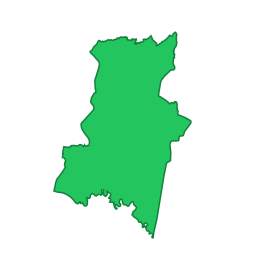 the district of Lam Thamenchai, Nakhon Ratchasima, Thailand, rotated 191°
{"feature_id": "78962969B38997993614203", "entity_name": "Lam Thamenchai", "entity_type": "district", "adm_level": 2, "iso_a3": "THA", "parent_name": "Thailand", "parent_adm1": "Nakhon Ratchasima", "projection": "robinson", "projection_center": [102.907, 15.286], "detail": "fine", "context": "isolated", "style": "filled", "palette": "green", "viewbox_px": 256, "rotation_deg": 191, "n_neighbors": 0, "source": "geoboundaries", "source_scale": "gbopen_adm2", "svg_char_len": 5801}
<svg xmlns="http://www.w3.org/2000/svg" viewBox="0 0 256 256"><g transform="rotate(191 128 128)"><path d="M99.9,231.0L101.4,229.4L102.4,226.2L103.5,226.4L104.5,227.0L104.8,227.0L106.3,224.1L107.0,223.1L107.3,222.3L108.5,221.4L108.6,220.6L109.2,220.4L109.5,220.0L110.7,219.4L110.7,219.0L111.3,218.7L111.4,217.9L111.6,217.5L112.2,217.4L113.3,216.5L113.5,215.9L114.2,214.8L114.9,215.0L115.2,214.5L116.0,214.5L116.0,216.5L116.4,216.9L117.5,217.3L121.2,219.8L121.3,220.3L121.9,221.4L123.0,222.8L123.1,222.4L124.0,221.5L124.3,220.8L124.7,220.6L125.0,219.9L125.7,219.2L126.9,218.6L127.4,218.6L127.9,218.4L127.9,218.1L129.2,218.3L129.9,217.9L129.9,217.7L129.6,217.3L129.5,216.5L130.0,215.2L132.3,214.7L132.5,214.4L132.5,213.7L133.5,213.8L134.1,213.4L135.0,213.4L135.0,212.9L135.4,212.3L136.8,211.7L137.2,211.9L137.3,212.1L136.6,212.2L136.4,212.6L137.0,212.6L136.6,213.1L137.1,213.2L137.1,214.0L137.3,214.6L137.0,214.8L136.9,215.9L136.5,216.1L136.9,216.8L137.1,216.6L137.9,216.6L138.3,216.2L139.0,216.3L139.3,216.0L139.8,216.0L140.8,216.3L141.0,216.0L140.7,215.6L140.9,215.3L140.8,214.9L141.2,214.5L142.1,214.9L142.6,214.5L143.7,214.4L144.1,214.7L145.3,214.3L145.8,214.7L145.9,216.1L146.2,216.6L146.4,216.8L146.8,216.6L147.5,217.0L148.0,217.0L148.2,216.5L149.4,216.4L149.6,216.3L149.6,216.0L149.9,215.9L152.1,216.1L152.7,215.5L153.0,215.4L153.6,214.5L153.8,214.8L154.1,214.5L154.5,214.5L155.1,214.2L155.6,214.2L155.5,213.8L156.1,212.7L157.3,212.7L157.8,212.3L158.6,212.1L159.0,211.2L160.8,211.1L161.5,211.4L163.1,210.6L163.9,211.0L164.7,210.3L165.2,210.2L165.7,209.9L166.7,208.8L167.6,208.6L167.9,208.3L168.3,208.3L169.2,207.9L169.6,208.2L170.0,207.7L171.0,207.6L172.5,208.4L173.3,208.3L173.7,207.8L174.5,204.9L175.0,203.8L176.6,201.8L177.4,200.4L177.9,198.1L179.8,195.7L179.1,194.7L176.1,192.9L170.1,188.2L168.9,186.9L168.5,186.0L168.2,184.9L168.1,183.6L168.3,180.2L169.6,168.8L169.4,167.0L168.6,164.6L168.0,161.4L166.7,158.4L166.4,156.8L166.5,156.5L167.5,156.0L167.9,155.4L169.4,151.5L169.6,150.7L169.6,146.9L169.5,146.3L169.2,145.8L166.1,143.0L165.6,142.2L165.2,141.3L165.2,139.5L174.8,123.5L174.7,122.4L174.1,120.4L173.4,119.1L172.5,117.6L169.1,114.1L165.1,110.6L163.6,108.4L163.1,106.6L163.0,104.5L163.2,103.1L164.6,103.0L164.6,102.5L164.7,102.4L166.9,102.3L167.5,103.1L167.7,102.3L168.1,101.3L169.9,102.3L170.9,102.6L172.5,102.4L172.7,101.5L174.9,100.5L177.3,100.6L179.7,100.1L180.0,100.0L180.2,99.3L181.1,99.2L181.4,97.9L185.1,97.4L186.3,97.6L187.6,97.1L187.4,95.9L187.4,92.4L187.2,90.1L186.7,90.1L186.7,89.9L186.8,86.6L185.1,86.4L184.9,86.2L184.0,85.9L183.8,85.2L183.0,84.2L183.3,81.9L183.3,79.6L182.0,77.8L183.6,73.3L186.7,66.7L187.6,65.2L188.2,63.2L188.6,59.7L188.5,56.5L188.7,52.1L186.9,51.8L184.3,51.6L181.2,51.9L178.8,51.8L176.5,51.3L173.6,50.3L170.8,49.1L167.3,46.6L165.2,44.6L164.8,44.8L163.4,44.1L162.7,44.1L162.3,44.4L161.4,46.2L161.0,46.4L160.8,46.3L160.4,45.2L160.0,44.9L159.6,44.9L158.6,45.7L158.2,45.7L157.8,45.4L157.3,44.4L156.9,43.9L156.1,43.4L155.1,43.3L154.3,43.5L153.7,44.2L153.5,46.2L153.9,48.8L154.4,50.0L155.2,51.0L155.2,51.7L154.6,52.0L153.2,51.3L152.5,51.6L151.9,52.7L152.1,53.7L152.1,54.9L151.7,55.5L150.2,56.9L149.8,56.9L149.3,56.7L147.8,55.5L146.4,55.2L146.1,55.3L145.1,56.7L144.4,57.2L143.8,57.3L142.0,57.0L141.2,57.2L140.9,57.7L140.8,58.4L141.9,60.7L142.0,62.0L141.8,62.4L140.4,62.6L140.0,62.5L139.9,62.1L140.1,60.5L139.5,58.6L139.1,57.7L137.7,56.8L136.9,56.7L136.5,57.0L135.6,59.4L135.6,60.4L136.4,61.4L136.4,62.0L136.1,62.0L134.9,61.0L133.5,60.7L132.9,60.3L132.1,59.4L132.0,59.0L132.7,57.9L132.5,57.1L132.6,56.7L133.4,56.1L133.6,55.7L133.4,55.4L131.9,55.2L131.3,54.4L132.0,51.8L131.7,51.7L130.5,52.1L129.0,52.0L128.3,52.3L127.8,52.2L127.3,50.1L126.3,48.5L126.2,47.8L125.6,47.5L125.0,46.5L124.4,46.2L123.6,46.3L123.5,46.6L123.5,47.0L125.5,47.9L125.9,49.6L125.8,50.1L125.4,50.5L124.6,50.5L123.5,49.5L122.1,49.1L121.1,49.4L120.5,50.2L120.5,51.2L120.8,51.9L121.3,52.3L122.1,52.5L122.3,52.9L122.4,55.6L121.5,56.9L120.9,56.9L120.1,56.2L118.5,52.8L117.9,52.1L117.1,51.9L115.2,52.2L114.6,52.0L113.8,51.4L113.1,51.2L112.5,51.5L111.3,54.3L110.3,56.0L109.7,56.5L109.1,56.6L108.5,56.0L107.9,54.3L107.4,53.6L105.1,52.3L104.6,51.7L104.5,51.2L104.7,50.2L105.6,48.2L106.9,47.2L106.9,46.3L107.2,45.6L107.2,44.7L107.5,44.0L107.5,43.6L106.4,43.1L106.0,42.3L105.5,41.9L104.3,41.6L101.4,40.2L99.2,37.7L98.4,37.7L97.6,38.4L97.1,38.3L96.6,37.3L95.2,36.1L95.2,34.4L94.9,33.5L94.6,33.2L94.1,33.3L92.7,34.5L92.8,34.9L93.5,35.1L93.7,35.4L93.8,37.1L93.6,37.8L93.1,38.0L92.0,38.0L90.6,37.4L90.3,37.0L90.2,36.6L91.1,35.6L91.7,33.7L90.2,31.1L89.4,30.6L87.9,30.7L87.5,30.4L87.1,29.8L87.2,28.5L87.0,28.1L86.4,28.2L85.1,29.1L84.3,29.1L83.7,28.8L83.3,28.4L83.2,28.0L83.7,26.5L83.7,25.4L83.3,25.0L82.3,25.1L82.8,30.1L82.3,44.4L83.6,88.1L83.5,99.7L83.5,100.7L83.1,101.3L80.1,104.1L81.3,112.0L83.5,119.1L83.7,119.9L83.7,120.7L83.3,122.5L82.9,123.2L82.3,123.7L77.5,124.7L75.9,125.3L76.0,129.6L72.3,131.1L71.8,135.1L71.2,136.9L69.6,139.8L67.3,144.7L67.6,146.8L69.7,147.7L73.7,149.1L79.7,150.3L81.6,150.3L82.2,154.4L82.7,154.5L84.1,158.4L84.2,159.1L84.1,160.0L84.5,161.2L85.4,162.6L85.8,162.2L86.3,162.3L86.7,162.8L87.2,162.8L87.4,162.4L87.4,161.5L88.0,161.4L88.3,161.1L90.0,161.2L90.2,160.9L90.8,160.7L91.5,160.2L91.6,159.6L93.6,161.0L97.4,162.9L101.9,164.7L104.2,165.3L104.4,167.3L104.7,177.7L104.5,180.8L102.8,184.6L101.5,186.7L97.8,191.9L97.4,192.7L97.2,192.9L94.1,193.9L93.6,195.0L93.5,195.6L94.0,197.2L95.4,198.8L96.0,200.1L96.4,202.6L96.5,204.5L96.3,205.5L96.1,205.4L95.8,206.3L96.3,206.6L96.2,209.0L96.9,209.8L97.3,209.5L97.5,209.6L97.3,210.7L97.6,211.0L97.6,211.3L97.8,211.4L97.5,211.8L97.6,212.5L97.8,212.8L98.1,213.0L98.0,213.6L97.6,213.7L97.5,215.0L96.4,217.5L96.3,220.8L97.6,224.8L97.8,225.9L97.9,228.8L98.1,229.3L99.0,230.5L99.9,231.0Z" fill="#22c55e" stroke="#15803d" stroke-width="1.5"/></g></svg>